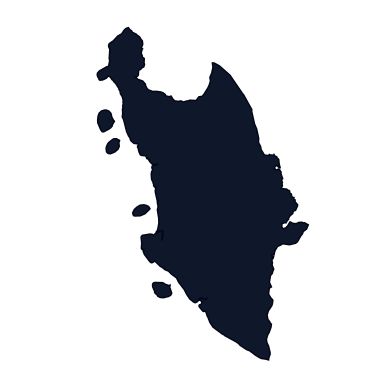 North East Malekula, Malampa, Vanuatu, rotated 200°
{"feature_id": "77236927B6539808470139", "entity_name": "North East Malekula", "entity_type": "district", "adm_level": 2, "iso_a3": "VUT", "parent_name": "Vanuatu", "parent_adm1": "Malampa", "projection": "robinson", "projection_center": [167.325, -15.963], "detail": "fine", "context": "isolated", "style": "filled", "palette": "ink", "viewbox_px": 384, "rotation_deg": 200, "n_neighbors": 0, "source": "geoboundaries", "source_scale": "gbopen_adm2", "svg_char_len": 5985}
<svg xmlns="http://www.w3.org/2000/svg" viewBox="0 0 384 384"><g transform="rotate(200 192 192)"><path d="M308.0,324.7L309.8,323.3L310.5,322.2L311.2,320.6L312.1,316.6L315.1,313.2L317.7,307.0L320.5,303.2L320.5,301.1L319.3,299.2L318.1,298.2L315.4,289.0L314.3,287.4L313.4,281.6L313.6,281.1L314.7,280.8L320.3,274.3L321.4,271.7L321.4,270.5L321.0,269.4L319.8,267.8L318.6,267.2L318.0,266.1L317.2,265.6L316.6,265.6L314.4,266.7L312.9,268.1L311.3,269.9L310.5,272.0L309.6,272.4L307.8,271.9L305.6,270.2L304.4,269.9L302.4,268.5L300.4,267.8L299.8,266.9L299.2,267.0L298.8,266.3L296.1,264.2L295.4,263.0L294.5,262.7L292.8,259.8L290.3,257.9L288.1,254.8L287.5,252.6L286.8,251.6L286.6,249.3L285.9,248.1L285.6,245.9L283.9,241.9L283.2,238.7L281.0,236.6L274.0,226.3L270.7,222.9L269.0,221.8L267.5,219.8L266.4,219.0L263.1,217.8L262.2,218.2L260.9,218.2L259.9,218.9L258.8,218.7L258.5,218.3L258.9,216.7L258.5,215.5L257.5,214.6L255.5,211.5L253.3,209.3L252.1,209.1L248.0,210.1L247.3,210.0L247.0,209.1L246.2,208.6L246.0,208.0L245.2,207.9L244.9,208.4L243.7,207.7L243.0,207.9L242.7,207.5L243.2,207.0L241.8,205.9L238.5,204.4L236.2,204.7L235.8,205.6L234.5,206.4L234.2,206.3L235.6,204.5L237.7,203.4L238.3,202.8L238.0,200.9L236.7,199.8L236.8,196.7L236.2,194.3L234.4,190.4L233.3,189.0L232.0,188.4L231.9,187.5L230.5,185.8L230.1,184.6L229.0,184.0L228.0,183.8L227.3,184.1L227.6,182.9L227.1,182.1L227.0,180.7L226.1,178.8L221.7,172.0L221.2,171.8L220.9,172.4L220.5,172.2L221.3,170.8L218.8,166.6L218.5,163.5L214.2,155.8L212.5,151.5L211.5,145.7L211.5,143.4L211.9,142.3L211.3,142.3L207.1,145.8L206.3,145.6L205.7,144.4L205.6,142.9L204.1,141.1L204.1,140.4L204.6,139.1L204.3,138.1L202.9,136.2L204.2,137.4L204.8,138.7L204.8,139.5L204.3,141.0L205.7,142.8L205.9,144.5L207.3,145.3L211.6,141.4L213.5,138.2L214.8,138.6L217.1,138.1L223.8,134.3L224.4,132.9L224.3,132.0L221.8,126.9L220.3,121.7L219.1,120.8L218.6,120.8L217.9,121.6L217.5,120.9L217.5,119.5L215.4,117.1L207.8,112.1L206.2,111.6L205.3,111.9L203.8,113.6L203.6,114.3L203.2,114.4L196.7,111.4L193.5,110.8L191.1,109.8L187.0,109.6L183.2,107.8L177.1,106.0L173.9,102.8L165.8,97.6L162.2,94.2L157.6,90.8L153.1,89.2L151.2,89.0L149.9,90.2L148.8,92.2L149.1,92.9L149.0,93.8L147.8,95.5L147.0,95.9L143.0,95.6L142.5,95.7L141.8,96.6L141.9,95.8L142.5,95.4L147.2,95.3L148.6,94.1L148.8,92.7L147.9,93.0L146.0,92.7L145.6,92.5L144.8,91.1L145.0,89.6L146.1,88.8L146.6,88.0L146.1,86.7L141.0,83.7L140.2,83.7L139.0,84.6L138.5,84.3L137.4,83.5L135.5,80.9L133.8,79.4L130.6,75.6L126.0,72.2L114.6,68.8L113.4,68.8L111.9,68.2L99.4,66.3L96.3,65.5L94.4,64.4L86.7,62.6L83.3,62.5L76.3,60.3L71.6,59.4L69.8,59.3L65.5,60.2L62.6,60.4L63.1,62.3L63.1,66.2L63.7,67.8L67.3,73.3L70.2,76.2L71.7,79.1L72.0,83.6L71.5,86.6L71.5,91.8L72.2,95.0L73.4,95.4L74.7,96.7L77.2,98.3L79.4,102.2L79.6,106.6L78.2,112.1L78.2,114.4L79.1,118.1L81.6,119.4L84.2,121.4L85.3,122.7L86.4,127.7L85.9,128.8L84.9,130.0L88.4,133.6L89.7,140.2L88.7,143.1L89.0,144.6L88.8,147.4L91.5,150.5L92.1,151.6L92.1,152.8L93.8,155.5L93.1,157.3L93.3,159.6L94.5,158.7L95.7,159.9L93.5,161.5L94.0,165.1L93.0,170.1L90.4,172.6L89.1,174.4L82.3,175.8L77.1,179.3L75.9,181.3L74.8,187.8L73.9,190.5L74.0,193.3L73.4,193.7L71.7,196.3L71.5,200.9L75.7,201.6L77.5,200.8L78.0,201.2L81.2,200.0L82.5,198.5L84.3,197.5L87.4,197.0L88.4,197.4L89.7,197.4L90.6,192.3L91.2,191.6L91.5,190.4L92.8,189.4L93.2,188.5L95.6,189.7L96.7,193.4L95.5,193.9L95.2,194.4L93.0,195.3L92.9,197.0L91.9,199.7L92.4,200.5L92.1,201.7L91.6,203.5L90.0,206.1L90.3,208.7L88.7,209.9L88.4,210.4L88.1,214.8L88.5,216.3L89.5,216.6L90.1,217.3L91.5,217.3L92.4,219.8L93.5,220.1L94.7,221.1L94.5,221.6L95.7,221.3L97.1,222.4L97.6,223.6L98.2,224.2L99.1,224.1L100.1,225.1L100.6,226.3L101.2,226.6L102.3,226.5L104.0,227.1L109.4,225.7L109.2,228.8L110.4,230.8L110.2,231.7L111.4,233.1L111.9,235.0L111.4,235.6L114.3,239.1L115.0,240.4L115.1,241.2L117.7,243.2L118.9,243.0L119.4,242.1L120.9,241.4L121.5,242.0L122.4,241.7L122.7,243.8L122.2,245.8L120.5,245.5L118.5,244.7L117.5,245.0L119.6,248.0L121.7,252.3L124.2,253.5L124.6,254.2L125.6,253.7L127.7,255.2L127.7,254.6L129.1,254.1L131.6,253.5L132.1,253.7L132.6,252.4L136.6,251.5L141.6,255.5L143.1,258.2L146.5,261.3L147.7,265.2L152.8,273.3L156.6,277.4L163.7,288.5L163.9,289.8L177.0,301.2L177.4,301.2L196.2,314.7L209.4,319.9L215.4,320.8L217.0,320.2L215.0,316.5L214.1,310.5L214.4,305.9L212.6,302.5L212.4,298.2L212.7,295.1L214.2,288.0L215.1,285.4L218.1,283.8L219.4,279.4L225.5,277.5L227.1,276.1L228.6,275.4L230.8,273.6L233.7,273.8L235.5,272.6L239.3,271.7L241.8,272.8L244.5,275.0L245.8,273.8L250.0,273.3L250.3,274.4L253.1,275.3L255.8,275.3L259.8,274.4L263.6,273.0L267.9,273.1L269.7,273.9L272.4,276.5L272.6,277.4L276.2,279.4L281.7,279.4L283.5,280.3L284.6,280.4L283.7,280.9L282.5,282.9L282.6,284.3L283.5,286.8L283.5,288.5L282.4,289.4L281.5,291.5L280.1,293.1L280.3,295.9L281.1,296.6L282.6,301.2L284.8,301.8L285.7,303.5L287.3,305.0L287.5,307.8L287.8,308.6L287.4,309.6L288.7,310.1L288.9,310.5L288.8,313.9L290.3,317.0L292.5,318.3L293.9,319.6L296.1,320.4L297.1,320.4L298.1,321.2L302.8,321.7L303.7,322.7L306.0,323.4L308.0,324.7ZM289.8,228.3L289.1,231.9L290.6,232.8L293.0,235.0L295.1,238.2L297.8,239.6L300.5,239.7L302.2,239.1L304.8,237.1L306.2,234.4L306.2,231.2L305.3,227.5L304.2,224.8L299.1,219.3L297.2,218.0L296.3,218.0L295.4,218.5L291.7,222.6L290.5,224.3L289.6,226.6L289.8,228.3ZM188.4,96.8L196.0,94.3L197.1,93.4L197.4,92.6L197.4,91.5L196.5,89.4L193.1,85.9L192.9,85.1L191.8,84.1L189.8,83.5L188.6,82.4L185.9,82.0L183.0,82.8L181.3,83.7L180.2,84.8L179.0,85.2L176.8,87.5L176.4,89.4L176.6,90.2L180.4,94.9L180.7,97.0L182.8,95.8L183.2,96.2L185.2,96.1L188.4,96.8ZM287.6,208.8L287.9,205.6L287.6,203.5L286.1,200.6L284.9,199.8L283.7,199.6L282.0,199.9L280.5,201.1L278.1,203.4L276.1,207.1L276.0,210.1L277.6,213.2L277.7,215.7L281.2,216.2L283.7,215.2L284.4,214.5L286.9,210.5L287.6,208.8ZM239.6,150.5L238.6,149.8L237.3,150.0L232.6,151.9L228.8,155.4L225.8,161.6L225.9,162.1L227.9,163.5L230.2,163.8L232.8,163.5L236.3,161.8L238.5,159.1L240.2,155.9L240.6,152.2L239.6,150.5Z" fill="#0f172a" stroke="#020617" stroke-width="1.5"/></g></svg>